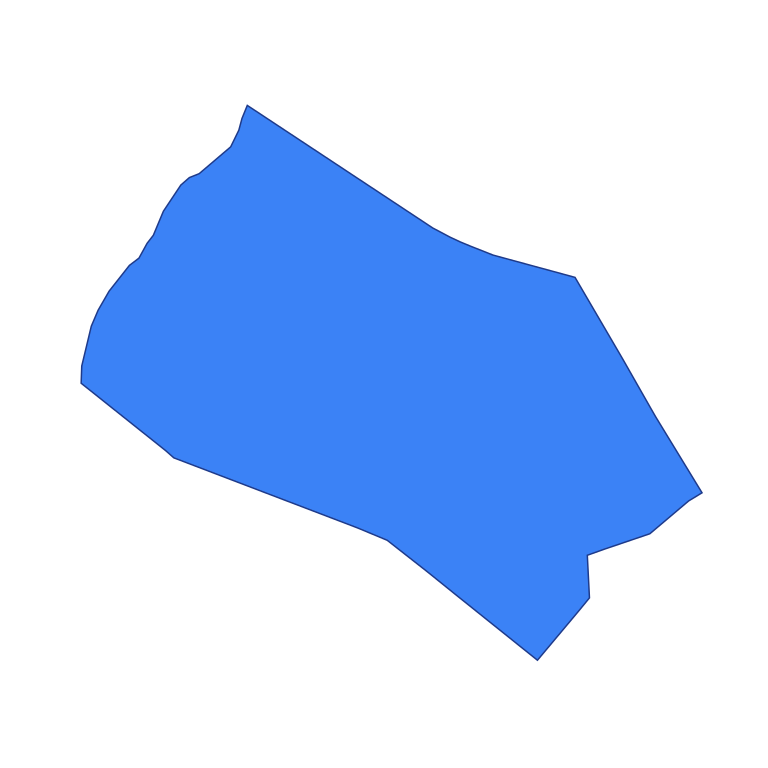 Matias Olímpio, Piauí, Brazil, rotated 352°
{"feature_id": "56859067B98768329388642", "entity_name": "Matias Olímpio", "entity_type": "district", "adm_level": 2, "iso_a3": "BRA", "parent_name": "Brazil", "parent_adm1": "Piauí", "projection": "orthographic", "projection_center": [-42.594, -3.708], "detail": "fine", "context": "isolated", "style": "filled", "palette": "blue", "viewbox_px": 768, "rotation_deg": 352, "n_neighbors": 0, "source": "geoboundaries", "source_scale": "gbopen_adm2", "svg_char_len": 659}
<svg xmlns="http://www.w3.org/2000/svg" viewBox="0 0 768 768"><g transform="rotate(352 384 384)"><path d="M84.2,341.1L158.5,419.6L165.6,427.9L337.7,522.8L365.4,539.2L400.7,575.9L425.3,602.2L497.5,678.9L544.2,636.8L557.7,624.4L561.5,581.9L578.9,578.3L626.4,569.3L669.4,542.2L683.8,536.0L648.5,454.4L644.8,445.2L624.0,392.8L588.0,305.0L509.9,271.5L489.3,259.8L479.1,253.8L469.9,247.8L454.0,236.3L287.4,89.1L280.3,101.3L275.6,112.4L265.2,127.8L230.2,150.0L220.0,152.5L210.5,158.7L189.6,182.2L176.3,204.6L169.0,211.7L158.9,225.2L148.4,231.1L124.7,253.8L111.2,271.1L102.2,286.0L87.2,324.1L84.2,341.1Z" fill="#3b82f6" stroke="#1e3a8a" stroke-width="1.5"/></g></svg>